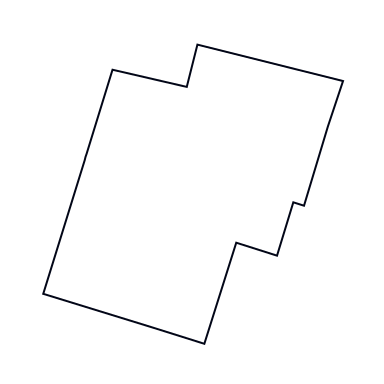 the district of Delaware, Ohio, United States of America, rotated 104°
{"feature_id": "52423323B18396846916905", "entity_name": "Delaware", "entity_type": "district", "adm_level": 2, "iso_a3": "USA", "parent_name": "United States of America", "parent_adm1": "Ohio", "projection": "equal_earth", "projection_center": [-83.011, 40.285], "detail": "fine", "context": "isolated", "style": "outline", "palette": "ink", "viewbox_px": 384, "rotation_deg": 104, "n_neighbors": 0, "source": "geoboundaries", "source_scale": "gbopen_adm2", "svg_char_len": 359}
<svg xmlns="http://www.w3.org/2000/svg" viewBox="0 0 384 384"><g transform="rotate(104 192 192)"><path d="M178.2,80.0L95.6,76.0L47.8,72.3L47.7,222.4L91.3,222.5L92.6,298.7L180.4,303.5L183.7,303.8L187.2,303.8L206.6,304.9L326.8,311.7L333.0,197.9L336.3,143.3L230.5,136.8L233.2,94.1L177.5,91.2L178.2,80.0Z" fill="none" stroke="#020617" stroke-width="2"/></g></svg>